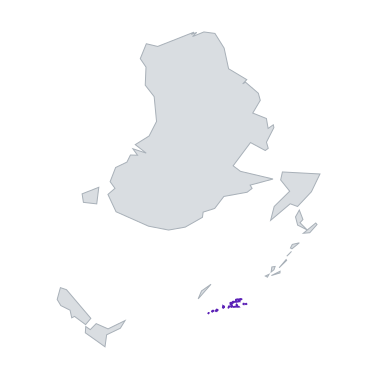 location of Vanuatu within Oceania, rotated 94°
{"feature_id": "VUT", "entity_name": "Vanuatu", "entity_type": "country or territory", "adm_level": 0, "iso_a3": "VUT", "parent_name": "Oceania", "parent_adm1": "", "projection": "robinson", "projection_center": [167.975, -16.976], "detail": "fine", "context": "in_parent", "style": "filled", "palette": "violet", "viewbox_px": 384, "rotation_deg": 94, "n_neighbors": 5, "source": "natural_earth", "source_scale": "50m", "svg_char_len": 4120}
<svg xmlns="http://www.w3.org/2000/svg" viewBox="0 0 384 384"><g transform="rotate(94 192 192)"><path d="M165.1,65.6L183.4,72.9L199.1,85.7L196.9,93.2L214.8,111.6L200.7,109.0L184.4,94.6L173.8,104.4L165.7,103.2L165.1,65.6ZM224.4,71.7L225.4,78.1L214.3,66.4L215.7,65.0L224.4,71.7ZM217.7,84.3L209.6,87.0L202.5,83.7L211.7,79.4L215.1,82.1L221.8,74.5L217.7,84.3ZM235.2,81.4L241.7,88.3L241.0,89.9L237.3,88.3L235.2,81.4Z" fill="#d9dde1" stroke="#a8b0b8" stroke-width="1"/><path d="M282.7,166.6L298.2,178.4L290.0,175.6L282.7,166.6Z" fill="#d9dde1" stroke="#a8b0b8" stroke-width="1"/><path d="M271.7,110.8L270.7,113.0L268.7,109.4L271.7,110.8ZM266.6,98.6L269.8,107.0L264.9,98.6L266.6,98.6ZM266.3,107.5L261.2,107.1L260.5,103.9L263.8,104.8L266.3,107.5ZM253.6,92.8L261.5,99.8L252.8,93.4L253.6,92.8ZM247.4,91.1L249.4,93.0L244.3,88.6L247.4,91.1Z" fill="#d9dde1" stroke="#a8b0b8" stroke-width="1"/><path d="M352.5,268.0L339.9,288.6L333.6,288.6L336.4,283.9L330.0,278.4L334.4,266.2L324.9,249.8L332.9,254.0L340.4,267.2L352.5,268.0ZM298.2,310.4L325.1,284.1L331.7,288.9L324.3,300.5L325.9,303.2L318.4,305.4L314.5,314.9L308.6,319.0L296.6,316.6L298.2,310.4Z" fill="#d9dde1" stroke="#a8b0b8" stroke-width="1"/><path d="M193.8,285.3L210.5,286.2L209.9,299.6L201.5,301.5L193.8,285.3ZM99.5,236.4L88.7,246.1L70.6,246.6L62.6,252.9L47.3,247.9L49.2,236.4L32.4,201.2L34.8,203.7L32.5,198.4L36.9,202.3L31.5,191.3L32.2,180.2L46.2,170.0L66.5,164.1L76.1,145.2L80.6,149.0L78.7,146.3L88.9,132.7L95.8,130.3L109.0,136.9L113.5,122.9L123.3,120.5L119.3,115.6L122.0,114.8L137.1,121.2L143.1,119.0L145.5,121.8L138.6,137.1L163.0,152.8L168.0,145.1L173.4,112.1L181.1,134.5L184.2,132.3L188.4,137.0L194.2,159.9L206.8,168.2L211.3,179.5L216.5,179.8L227.5,196.3L231.6,212.7L229.1,233.1L217.0,266.4L200.3,275.7L193.7,269.1L187.4,274.4L172.9,269.9L166.7,259.0L159.4,256.0L159.1,248.9L153.0,254.0L156.4,240.4L148.7,251.9L139.1,238.7L124.1,232.3L99.5,236.4Z" fill="#d9dde1" stroke="#a8b0b8" stroke-width="1"/><path d="M296.3,136.1L296.6,138.0L297.0,138.0L297.2,137.9L297.4,137.5L297.5,136.8L297.7,136.7L297.9,136.7L297.8,137.0L297.9,137.5L298.1,137.8L298.5,139.4L298.6,139.7L298.6,139.9L298.0,140.5L297.2,140.4L296.7,140.8L296.3,140.8L296.3,140.4L296.0,140.1L295.7,139.5L295.8,138.3L295.2,136.2L295.1,135.7L295.4,135.0L295.6,135.0L295.8,135.6L296.3,136.1ZM299.6,143.4L299.9,143.6L300.0,143.6L300.1,143.8L300.8,144.4L301.0,144.4L301.1,144.7L301.5,144.8L301.5,145.2L301.8,145.5L301.4,145.9L300.6,145.8L300.2,146.2L299.8,146.1L299.7,145.9L299.8,145.8L299.6,145.2L299.5,144.3L299.3,143.8L299.1,143.5L298.8,143.7L298.6,143.8L298.3,143.3L298.5,142.5L298.6,142.2L298.8,142.2L299.2,142.4L299.6,143.4ZM309.3,159.8L309.0,160.1L308.8,160.1L307.5,159.4L307.6,159.2L307.5,158.5L307.7,158.1L308.0,158.0L308.3,158.1L308.5,158.6L308.9,158.8L308.6,159.0L309.1,159.4L309.3,159.8ZM304.8,151.8L305.3,152.6L305.5,152.7L305.2,153.3L304.6,153.3L303.8,153.2L304.1,153.0L304.0,152.7L303.8,152.7L303.5,152.8L303.4,152.7L303.5,152.4L304.0,151.8L304.3,151.8L304.8,151.8ZM304.1,144.8L303.5,144.9L302.7,144.7L302.4,144.5L302.2,144.2L302.5,144.0L302.9,143.9L303.4,143.4L303.6,143.6L303.8,144.2L304.0,144.4L304.1,144.6L304.1,144.8ZM310.1,163.3L309.8,163.9L309.3,163.8L308.9,163.3L308.7,162.9L308.8,162.2L309.1,162.0L309.3,162.1L309.4,162.8L310.1,163.3ZM303.7,142.7L303.2,141.0L303.4,139.8L303.5,140.0L303.9,142.3L303.9,142.6L303.7,142.7ZM304.8,147.4L305.0,147.5L304.9,147.7L304.2,147.4L303.7,147.5L303.3,147.3L303.2,146.9L303.3,146.6L303.5,146.3L303.8,146.6L303.9,146.8L304.1,146.8L304.4,147.3L304.8,147.4ZM302.1,139.6L301.8,139.9L301.2,139.9L300.9,139.7L301.7,138.9L302.6,138.7L302.1,139.6ZM300.5,132.8L300.3,133.1L299.7,133.0L299.6,132.5L299.8,132.3L300.1,132.2L300.6,132.4L300.5,132.8ZM300.0,130.8L299.9,130.9L299.5,130.1L299.6,129.9L300.0,129.7L300.3,130.1L300.3,130.3L300.3,130.5L300.1,130.7L300.0,130.8ZM303.5,139.0L303.5,139.4L303.2,139.0L303.1,137.2L303.3,137.0L303.5,138.2L303.5,139.0ZM312.1,167.0L311.9,167.4L311.6,167.3L311.3,167.1L311.3,166.8L311.7,166.8L311.9,166.8L312.1,167.0ZM298.6,141.3L298.0,141.1L298.1,140.7L298.7,140.8L298.6,141.3Z" fill="#8b5cf6" stroke="#5b21b6" stroke-width="1.5"/></g></svg>